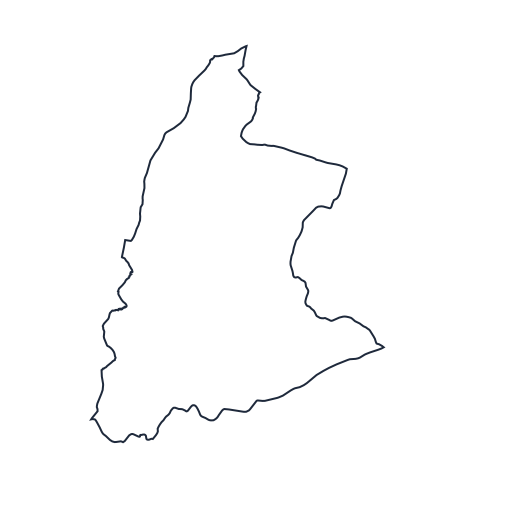 Soeng Sang, Nakhon Ratchasima, Thailand, rotated 9°
{"feature_id": "78962969B32036693641657", "entity_name": "Soeng Sang", "entity_type": "district", "adm_level": 2, "iso_a3": "THA", "parent_name": "Thailand", "parent_adm1": "Nakhon Ratchasima", "projection": "albers", "projection_center": [102.453, 14.379], "detail": "fine", "context": "isolated", "style": "outline", "palette": "slate", "viewbox_px": 512, "rotation_deg": 9, "n_neighbors": 0, "source": "geoboundaries", "source_scale": "gbopen_adm2", "svg_char_len": 6113}
<svg xmlns="http://www.w3.org/2000/svg" viewBox="0 0 512 512"><g transform="rotate(9 256 256)"><path d="M118.8,443.1L119.8,442.7L121.1,442.6L122.3,442.6L122.9,442.9L123.9,443.9L125.2,445.5L128.4,449.7L131.1,453.7L132.3,455.1L133.3,455.9L135.9,457.3L140.5,460.5L143.0,461.6L143.7,461.7L145.4,461.9L146.9,461.6L151.4,460.2L152.4,460.3L153.8,460.7L155.3,459.3L158.8,453.0L160.4,451.6L161.3,451.2L161.9,451.1L163.1,451.3L168.0,452.7L169.1,452.8L169.3,452.7L169.6,452.4L169.6,451.2L169.9,450.8L171.1,450.6L172.1,450.1L173.4,449.8L174.4,450.0L175.0,450.4L175.4,450.9L176.3,453.6L176.8,454.2L177.8,454.4L179.0,454.2L181.3,452.9L181.8,452.8L182.7,452.9L185.2,448.6L186.2,446.3L186.5,444.6L185.9,441.9L186.5,439.8L187.4,437.5L188.7,434.9L190.3,432.7L191.4,430.3L192.3,428.7L193.9,427.0L194.6,426.1L195.4,424.6L195.9,422.7L196.3,421.7L197.7,419.4L198.6,418.7L199.9,418.5L203.7,419.2L205.9,418.9L207.4,418.9L210.1,419.7L211.0,420.2L211.9,420.3L212.9,419.5L215.3,415.1L216.1,414.0L216.8,413.4L217.3,413.2L218.7,413.1L219.8,413.6L220.5,414.1L222.1,415.9L224.0,418.6L225.7,421.5L226.7,422.5L228.0,423.1L231.4,423.9L234.7,425.2L235.8,425.4L237.3,425.4L239.7,424.9L240.6,424.2L241.8,423.1L242.9,421.7L243.4,420.8L244.2,418.9L246.7,413.9L247.6,412.8L248.6,412.1L253.2,411.8L268.0,411.8L269.6,411.6L270.8,411.3L273.2,409.6L274.2,408.1L279.1,399.2L279.7,398.6L280.4,398.4L285.2,398.1L287.4,397.7L299.0,392.9L300.4,392.2L304.4,389.7L311.4,383.3L313.8,381.4L315.3,380.5L319.7,378.7L323.4,376.1L326.0,373.7L334.5,364.0L340.6,358.9L345.6,355.1L352.6,350.4L362.7,344.4L364.8,343.3L370.5,342.0L372.8,341.1L374.5,340.1L378.8,336.4L380.3,335.4L383.9,333.3L391.3,329.5L394.3,327.8L396.4,326.2L394.5,325.1L392.6,324.4L391.3,323.9L389.2,323.7L388.7,323.5L387.8,322.1L386.4,319.2L384.7,317.0L380.1,311.7L379.0,310.9L377.8,310.4L375.7,309.3L373.1,308.6L368.9,306.4L364.0,304.9L360.7,302.8L359.4,302.2L357.0,301.9L354.8,301.8L353.1,301.9L351.4,302.3L347.9,303.8L341.9,307.7L340.8,308.2L339.7,308.2L338.0,307.6L334.1,306.5L333.4,306.6L332.3,307.0L330.5,307.2L328.8,307.1L325.4,305.8L324.8,305.2L322.9,302.4L321.6,300.9L318.6,299.2L317.6,298.2L316.4,297.6L314.2,297.2L313.2,296.2L312.3,294.9L311.9,293.6L311.9,292.0L312.1,290.0L312.4,287.8L313.1,284.9L313.2,283.2L313.1,282.3L312.6,281.3L310.2,278.4L309.1,274.8L308.1,273.7L306.6,273.1L304.8,272.6L302.4,271.0L301.1,270.4L300.4,270.3L298.8,271.0L298.0,271.1L296.9,270.8L295.9,269.6L295.0,266.8L294.3,265.0L291.7,259.8L291.3,258.4L291.0,256.3L291.1,250.5L291.9,247.1L292.1,241.8L293.1,234.8L293.4,233.9L294.8,231.5L296.0,228.5L297.1,224.7L297.4,222.4L297.6,220.3L297.0,215.8L297.2,214.6L297.9,212.9L305.7,202.0L307.8,198.9L309.7,197.5L312.8,196.7L314.7,196.6L321.2,197.3L322.0,197.0L322.5,196.3L322.9,195.0L323.2,192.5L324.2,188.6L326.3,187.1L327.3,186.0L328.6,183.0L329.1,181.1L329.2,178.0L329.7,173.5L331.9,160.6L332.0,155.6L327.6,154.0L324.3,153.3L320.8,153.0L312.1,152.9L309.8,152.6L304.1,151.7L300.4,151.5L299.6,150.9L298.8,150.5L295.9,149.8L280.5,147.8L272.6,146.5L266.9,145.3L264.3,145.0L257.0,144.5L255.6,144.5L254.6,144.8L250.3,145.1L247.4,144.6L246.5,144.8L244.8,145.4L240.0,145.9L236.9,146.0L232.6,146.4L230.5,145.8L228.6,145.0L224.5,142.2L222.4,140.0L222.5,136.6L222.8,134.9L223.3,132.9L225.2,129.1L226.3,127.6L229.2,124.7L230.2,123.6L231.0,122.0L231.4,120.4L231.2,119.9L231.2,119.7L232.6,115.5L233.0,113.3L233.1,110.7L232.8,110.2L232.5,108.8L232.6,107.9L232.5,104.3L232.9,103.5L233.7,101.0L233.6,100.7L233.7,100.1L233.6,99.7L233.9,99.3L233.6,98.6L233.3,98.5L232.9,97.3L233.1,96.7L233.1,96.3L233.4,96.0L233.3,95.6L233.6,94.5L234.4,93.7L229.4,91.2L224.1,88.2L223.4,87.6L220.1,83.9L219.2,83.0L214.0,79.4L210.8,76.3L210.0,75.1L212.1,73.2L213.8,70.4L213.1,66.1L213.1,62.9L213.4,60.1L213.5,54.3L213.8,50.1L213.0,50.5L208.9,53.4L206.0,56.5L202.7,59.2L194.2,62.0L191.4,63.2L187.7,64.5L185.6,64.9L183.7,65.0L183.5,66.2L181.9,68.7L181.8,68.8L181.2,68.5L180.1,69.9L180.3,71.6L180.1,72.7L179.1,75.1L177.8,77.4L177.2,79.0L176.1,80.8L171.6,86.7L167.8,92.1L166.8,94.2L166.2,96.1L165.7,98.9L165.7,100.4L166.2,105.4L167.0,111.7L166.7,114.9L166.0,120.2L166.1,123.4L164.6,129.7L163.3,132.4L160.7,136.5L154.8,142.6L148.3,147.8L147.2,149.2L146.6,150.9L146.0,155.4L142.9,164.9L140.2,169.8L136.8,178.1L135.3,191.1L134.0,196.3L133.9,198.0L133.9,199.9L134.5,202.3L135.2,206.4L134.7,214.8L135.0,217.0L135.4,218.4L135.8,222.6L134.5,225.8L134.5,226.7L134.8,232.3L135.5,235.2L135.9,239.1L135.4,241.4L135.2,243.6L133.8,248.1L133.1,252.7L132.3,256.1L130.9,259.6L130.0,260.7L124.3,260.7L124.2,268.5L123.7,278.1L123.9,278.3L124.8,278.5L125.5,278.5L126.9,279.1L128.5,281.0L129.6,281.8L129.9,281.9L130.6,282.7L131.2,283.1L132.2,285.0L135.7,289.1L136.5,291.0L136.4,291.2L136.1,291.5L135.8,291.2L135.7,291.6L134.9,291.5L134.7,291.8L134.8,292.5L134.6,293.0L135.0,293.6L134.8,293.7L134.9,294.3L135.0,294.3L134.5,294.8L134.2,295.2L134.4,295.5L134.4,296.1L134.1,296.5L133.7,296.8L133.8,297.6L132.0,299.1L132.0,299.4L131.2,300.3L130.7,302.1L130.4,302.8L128.6,305.8L125.8,309.6L125.2,312.6L125.8,312.8L125.9,314.9L126.1,315.3L126.8,316.3L129.7,319.9L131.7,321.8L134.4,323.4L135.0,323.9L135.9,325.1L136.0,326.0L135.8,326.5L135.2,326.6L134.8,327.2L134.1,326.9L133.8,327.8L133.6,327.9L133.2,327.7L133.0,327.8L132.4,328.8L132.3,329.3L131.5,329.9L131.1,329.9L130.8,329.4L130.6,329.7L129.7,329.4L129.5,329.6L129.5,330.0L128.7,329.9L128.7,330.6L128.3,330.8L128.2,331.2L127.2,331.0L126.8,331.2L126.2,331.1L125.6,331.4L125.3,331.9L124.6,331.9L123.6,332.4L122.9,332.3L122.5,332.5L120.7,335.2L120.5,336.4L120.3,339.7L119.9,341.3L116.4,346.6L115.8,348.4L115.6,349.2L116.3,350.7L116.5,351.9L117.8,354.0L118.0,354.5L118.3,359.6L119.0,361.3L122.9,367.7L123.5,368.1L124.7,368.4L126.8,369.5L128.9,371.1L130.2,372.5L130.9,373.4L131.7,375.0L132.5,377.3L133.2,378.3L133.2,378.8L132.8,380.0L132.8,380.9L132.3,381.1L132.0,381.5L131.0,382.3L130.0,383.7L126.2,387.9L125.3,389.3L123.9,390.3L123.3,391.0L122.7,391.0L122.2,391.6L122.2,392.1L121.3,392.9L122.6,399.2L124.9,406.0L125.2,407.3L125.5,412.3L124.8,416.3L122.4,426.5L122.3,428.5L122.4,430.1L123.4,432.0L123.8,434.1L119.4,441.7L118.8,443.1Z" fill="none" stroke="#1e293b" stroke-width="2"/></g></svg>